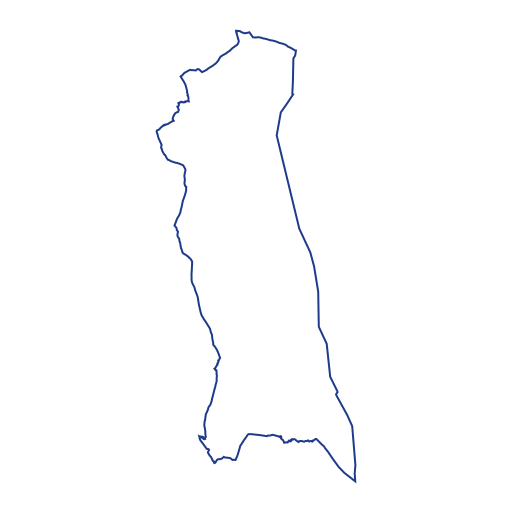 Marker nor, Østfold, Norway
{"feature_id": "86288312B28275954576976", "entity_name": "Marker nor", "entity_type": "district", "adm_level": 2, "iso_a3": "NOR", "parent_name": "Norway", "parent_adm1": "Østfold", "projection": "mercator", "projection_center": [11.622, 59.488], "detail": "fine", "context": "isolated", "style": "outline", "palette": "blue", "viewbox_px": 512, "rotation_deg": 0, "n_neighbors": 0, "source": "geoboundaries", "source_scale": "gbopen_adm2", "svg_char_len": 5930}
<svg xmlns="http://www.w3.org/2000/svg" viewBox="0 0 512 512"><path d="M252.9,37.3L249.4,32.3L248.0,32.7L244.7,33.3L243.0,32.8L241.0,31.9L240.1,31.2L236.1,30.7L236.1,31.2L236.1,31.4L236.2,32.0L236.3,32.2L236.3,32.5L236.5,32.6L236.4,32.8L236.7,33.5L236.8,34.2L236.9,34.3L237.1,35.2L237.5,36.4L237.9,38.0L237.9,38.5L238.1,38.7L238.2,39.1L238.2,39.3L238.4,39.5L238.7,40.8L238.7,41.9L237.7,44.1L236.9,45.1L235.3,46.0L234.0,47.1L232.8,47.8L229.4,51.1L228.0,51.9L226.3,53.2L220.9,56.4L219.8,57.8L218.3,60.5L217.1,62.0L215.5,63.7L213.7,64.9L212.8,65.7L208.8,68.1L208.4,68.5L207.8,68.7L207.3,69.4L204.5,71.0L202.3,72.0L202.0,72.1L199.2,69.5L198.3,69.1L197.7,69.1L196.8,69.5L196.2,70.3L195.4,70.4L193.5,70.2L190.8,70.1L190.0,69.8L184.4,72.9L183.7,73.6L182.4,75.2L180.6,76.5L183.7,81.4L184.3,82.5L184.7,83.4L185.3,84.4L186.3,87.8L186.9,90.3L187.2,91.3L187.0,92.4L187.4,93.3L187.8,94.5L187.5,95.5L188.0,95.9L188.4,97.6L188.5,98.1L188.4,100.0L188.5,100.8L188.7,101.3L187.6,101.2L185.7,101.4L185.4,102.0L184.5,101.7L184.1,102.1L183.9,102.5L183.3,102.4L181.9,101.9L181.2,102.0L181.1,101.8L180.8,101.9L180.9,102.3L179.9,102.4L178.4,103.0L178.4,103.3L179.0,103.9L178.8,104.5L178.7,105.7L178.2,106.4L177.4,106.5L177.4,106.9L178.2,108.1L178.8,110.1L177.9,112.1L176.9,112.3L175.7,112.9L175.2,113.3L174.4,114.6L174.1,114.7L173.9,115.6L173.6,116.0L173.0,117.3L172.7,118.9L172.8,119.4L173.7,120.8L172.5,121.2L171.5,121.7L167.7,124.1L164.1,124.9L163.8,125.1L164.2,125.4L163.2,125.8L161.8,126.7L160.3,128.1L159.3,129.4L157.0,130.5L156.7,131.1L156.6,131.5L156.8,132.1L157.2,133.5L157.6,134.4L158.0,136.3L158.6,138.3L161.4,144.4L161.6,145.0L161.1,147.0L161.2,147.3L161.2,147.6L161.3,148.1L161.5,148.3L161.5,148.8L162.0,149.4L162.2,150.1L162.2,150.8L164.0,154.1L164.6,154.8L165.1,155.0L166.7,158.1L166.9,158.5L167.6,159.2L167.8,159.7L169.4,160.2L170.7,161.1L174.0,162.2L175.9,162.8L177.2,162.9L177.9,163.3L179.3,163.6L183.1,165.3L184.0,166.7L185.4,169.5L185.5,170.3L184.8,172.9L184.7,174.2L184.4,175.6L184.5,177.3L184.9,179.4L184.5,182.6L184.5,183.9L185.4,186.3L186.2,186.7L186.1,190.7L185.1,194.6L182.8,201.1L181.7,206.6L180.6,210.7L180.5,212.2L179.7,213.8L179.4,214.8L177.6,217.8L176.8,219.4L174.5,225.6L176.4,227.8L176.6,228.6L176.8,229.8L177.3,230.8L177.7,231.1L178.0,231.9L177.5,233.7L177.5,235.9L178.1,237.2L179.2,238.7L179.5,241.3L180.2,243.1L180.4,244.2L180.4,244.8L180.5,245.2L180.9,247.5L181.0,247.9L181.1,248.3L181.7,249.6L182.1,251.3L182.6,252.2L182.8,253.1L183.4,253.5L184.7,254.2L188.6,256.9L189.0,257.7L190.3,258.6L192.1,261.4L192.1,264.3L191.9,267.3L191.9,268.1L191.5,274.5L191.6,277.6L191.5,278.8L191.8,281.6L192.5,283.6L194.3,287.0L195.4,290.9L196.8,294.4L197.8,297.4L198.1,299.7L198.5,302.0L199.0,305.1L200.8,312.9L201.7,315.5L202.8,317.3L203.8,319.1L204.8,320.4L209.2,327.4L210.0,328.8L210.9,332.4L211.9,334.6L212.3,338.5L213.2,343.0L213.3,344.9L214.9,346.7L216.7,349.5L217.9,352.0L220.1,358.0L219.4,358.9L219.3,359.5L218.6,360.6L218.6,361.0L218.5,361.3L218.3,361.2L218.4,361.9L218.2,362.2L218.1,362.4L218.0,362.6L217.8,362.9L217.8,363.0L217.6,363.1L217.6,363.4L217.7,363.8L217.2,364.2L217.2,364.4L217.2,364.6L217.1,364.8L217.2,365.0L216.9,365.2L216.8,365.6L216.2,366.3L215.7,367.4L214.9,368.4L214.8,368.6L214.6,368.7L215.0,369.1L215.0,369.3L215.2,369.7L215.5,369.7L215.9,370.3L216.2,370.2L216.5,370.5L216.6,374.3L216.9,375.5L216.6,379.1L216.7,380.8L216.1,383.4L215.7,384.4L215.2,387.1L214.4,389.7L212.3,398.0L212.0,398.5L212.0,399.3L211.4,401.8L210.3,404.9L209.2,406.2L208.4,407.6L207.9,409.7L207.4,410.9L205.9,414.2L205.7,415.2L205.0,420.6L204.8,420.8L204.4,422.7L204.5,423.9L204.2,425.1L204.9,428.4L205.2,430.7L205.4,432.3L205.3,433.7L205.8,437.1L204.9,438.1L204.8,438.7L205.0,439.0L204.7,439.2L203.9,439.1L203.3,438.3L203.1,438.3L203.1,437.8L202.8,437.7L202.5,437.9L202.2,437.8L202.1,437.4L202.3,437.2L202.2,437.2L202.1,436.8L201.4,437.0L201.1,436.7L200.8,437.1L200.6,437.0L200.7,436.7L199.9,436.6L199.3,436.3L199.5,436.9L199.7,438.8L200.5,440.5L203.0,443.7L206.7,448.8L207.4,449.0L208.3,449.1L208.5,449.2L209.0,449.6L208.8,450.5L208.0,452.0L207.9,452.5L209.6,455.5L211.0,457.0L211.9,458.7L212.6,460.4L212.9,461.0L213.9,461.4L214.1,461.6L214.1,462.6L214.3,463.1L214.8,463.0L215.0,462.8L215.6,462.2L216.9,460.1L218.0,459.2L219.8,459.2L221.4,458.8L221.9,458.5L223.8,456.9L224.2,457.3L225.4,457.5L229.8,458.0L230.5,458.3L232.5,460.0L233.5,459.7L235.5,460.0L237.4,455.7L238.9,450.8L240.4,445.5L241.3,444.4L244.0,440.1L245.4,438.2L247.8,434.7L248.7,434.1L250.5,434.1L259.2,435.0L267.0,436.2L267.7,435.6L270.2,435.5L272.6,434.8L279.1,436.5L279.4,436.9L279.7,436.8L279.8,436.6L280.1,436.6L280.2,436.3L280.4,436.2L280.6,436.4L280.9,436.3L281.2,436.5L281.3,437.4L281.0,437.8L280.9,438.2L281.1,438.5L281.8,439.3L282.0,439.3L282.4,439.6L283.2,440.4L283.9,441.7L283.9,442.2L284.3,442.8L287.0,442.2L287.6,442.5L288.7,440.9L288.9,440.6L289.4,440.7L289.7,441.3L289.9,441.4L290.9,441.2L291.0,441.1L290.8,440.6L290.8,440.2L291.0,439.9L291.7,439.9L291.7,439.4L292.0,439.1L293.1,439.5L294.2,439.1L294.7,439.2L297.9,441.7L298.6,442.0L298.9,441.4L299.9,441.0L301.9,441.0L302.1,441.2L304.1,441.7L305.0,441.2L307.7,440.8L308.0,440.5L308.3,440.9L309.2,441.5L309.9,441.1L311.3,441.0L312.1,441.6L312.4,441.6L312.7,441.3L312.9,441.0L312.9,440.7L313.3,440.3L313.8,440.3L314.8,439.6L315.4,439.0L316.1,438.9L316.7,439.3L322.0,444.7L324.0,446.3L324.9,447.9L328.1,451.9L332.6,458.6L338.8,467.1L344.5,473.0L355.2,481.3L354.7,473.3L355.4,465.2L352.2,426.2L347.4,415.4L336.2,395.0L336.2,393.9L336.9,393.1L337.6,392.0L337.3,391.1L330.2,376.8L326.7,343.8L318.8,326.8L318.2,291.7L314.1,266.5L310.3,252.4L299.3,228.7L276.7,135.4L280.8,112.4L287.0,103.6L293.1,94.4L292.3,93.9L292.9,81.5L293.4,58.4L295.2,55.5L295.9,50.6L295.4,50.6L290.3,47.6L288.7,47.0L287.8,46.5L286.6,45.4L285.1,44.6L283.3,43.9L278.8,42.7L276.7,41.7L272.8,40.6L270.2,40.2L266.0,38.9L263.1,38.4L260.8,37.6L259.4,37.4L258.4,37.2L255.6,37.5L252.9,37.3Z" fill="none" stroke="#1e3a8a" stroke-width="2"/></svg>